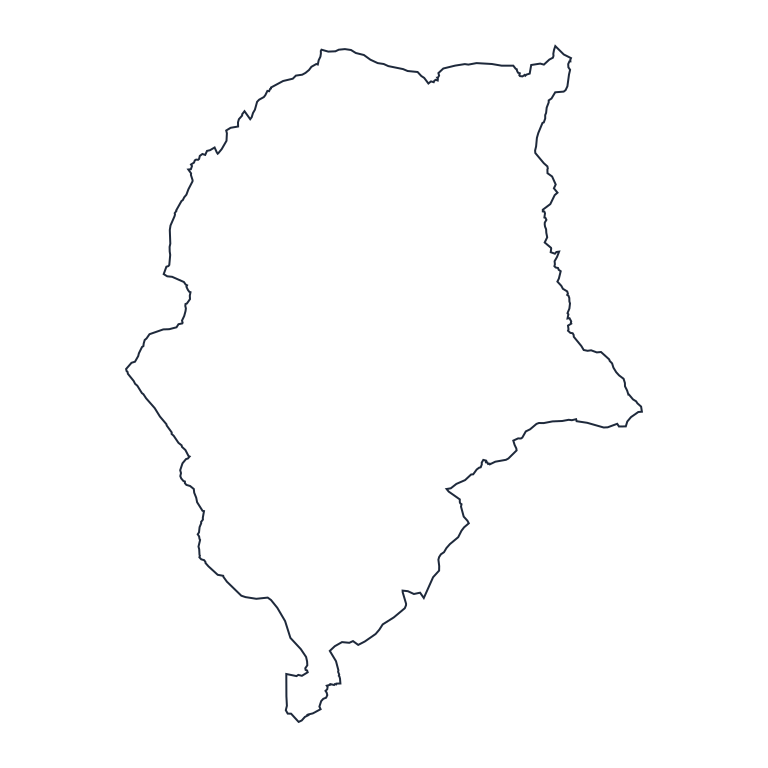 Aurskog-Høland nor, Akershus, Norway
{"feature_id": "86288312B17302655292255", "entity_name": "Aurskog-Høland nor", "entity_type": "district", "adm_level": 2, "iso_a3": "NOR", "parent_name": "Norway", "parent_adm1": "Akershus", "projection": "albers", "projection_center": [11.533, 59.809], "detail": "fine", "context": "isolated", "style": "outline", "palette": "slate", "viewbox_px": 768, "rotation_deg": 0, "n_neighbors": 0, "source": "geoboundaries", "source_scale": "gbopen_adm2", "svg_char_len": 6035}
<svg xmlns="http://www.w3.org/2000/svg" viewBox="0 0 768 768"><path d="M641.9,411.7L641.1,406.6L637.4,403.3L636.1,401.3L633.0,399.4L628.9,394.5L628.4,394.6L627.1,390.5L625.0,386.3L624.9,383.0L623.6,378.8L619.1,375.4L616.2,372.2L613.4,367.6L612.1,363.4L609.7,360.9L609.2,359.4L601.0,352.0L596.8,352.4L591.1,350.3L587.6,350.8L583.7,350.0L581.4,346.1L573.8,336.8L573.6,334.8L572.6,333.2L570.4,332.9L568.0,330.7L568.5,329.3L568.0,325.6L571.3,323.6L570.9,322.6L571.2,321.4L569.5,318.2L567.5,318.5L568.4,314.3L567.5,313.2L569.4,308.5L570.0,303.4L569.4,301.5L569.3,298.0L568.5,295.8L567.2,294.9L567.9,293.7L567.2,291.4L562.9,288.8L561.3,285.8L557.4,281.6L558.9,278.5L560.7,271.2L558.7,269.8L558.0,268.0L555.7,267.5L554.4,266.2L554.9,264.3L554.6,261.2L557.0,257.0L559.1,251.6L556.4,252.0L554.9,253.7L550.7,252.2L551.2,248.6L551.0,247.8L544.7,242.5L547.2,237.3L546.3,232.8L546.1,229.3L545.0,226.5L544.7,224.3L544.8,222.5L546.4,219.9L545.4,217.8L544.4,217.5L545.0,213.3L544.3,211.5L542.8,211.4L542.8,209.7L550.3,204.1L554.7,195.1L557.5,192.7L553.9,188.3L555.7,184.5L552.1,176.5L547.5,173.2L547.4,169.4L547.8,168.6L547.4,166.4L543.8,163.2L535.3,153.0L535.1,150.5L536.1,146.4L536.9,137.9L538.3,133.0L542.5,122.9L543.8,122.4L545.2,118.5L545.2,115.1L546.1,112.9L546.7,107.6L548.7,102.4L548.7,100.4L551.5,98.5L555.2,92.3L563.7,91.6L565.6,90.1L567.4,86.3L569.0,74.5L570.1,69.8L568.4,67.3L568.2,64.1L569.4,61.4L570.4,61.4L570.3,59.8L571.0,58.1L563.8,54.5L555.3,46.1L554.0,50.0L553.3,53.8L553.5,55.8L552.9,57.7L549.3,59.6L543.9,64.6L540.2,63.6L531.2,65.0L529.7,73.6L526.5,74.6L525.3,75.7L524.7,74.9L522.5,76.4L520.0,76.1L519.3,75.2L519.8,73.3L518.0,72.7L516.9,70.5L516.8,69.3L515.7,68.8L513.3,65.7L501.8,65.7L491.9,64.0L476.5,63.1L468.4,64.6L464.8,64.1L455.2,65.6L443.3,68.5L438.4,73.1L439.1,75.6L437.8,77.8L437.3,77.8L437.9,78.9L437.7,80.5L435.7,79.8L434.3,80.8L433.7,82.2L431.0,81.4L428.4,83.5L424.2,77.9L421.3,76.0L417.6,72.0L407.6,71.0L403.1,69.1L388.3,66.1L383.7,64.0L377.7,63.1L370.4,59.7L363.9,55.0L355.8,53.0L351.0,50.0L344.9,49.1L338.8,49.7L335.4,51.3L328.3,51.6L321.5,49.7L320.8,51.0L320.9,53.5L320.4,56.7L318.7,60.2L317.8,64.5L316.3,64.0L311.4,66.8L309.0,70.0L305.5,72.9L302.2,74.7L295.9,75.6L292.8,78.7L283.1,81.0L271.0,87.5L271.0,88.5L270.2,88.8L269.1,91.2L267.4,90.9L265.3,95.2L263.8,97.1L259.1,99.7L257.1,101.8L254.9,109.7L253.0,113.0L251.7,117.2L250.2,119.2L244.5,111.2L242.2,114.2L242.1,115.6L238.9,119.2L238.0,122.3L238.1,126.5L230.6,127.8L226.2,130.5L226.9,133.3L226.5,140.8L221.7,149.1L218.4,153.1L217.7,153.7L216.8,152.4L214.6,147.5L210.0,150.2L207.0,150.9L205.2,154.9L202.4,154.0L199.8,155.9L199.1,158.9L198.1,159.8L196.1,159.6L194.8,160.4L194.0,162.6L191.0,164.5L192.0,166.0L190.9,169.2L188.3,169.5L191.1,173.4L190.9,174.9L192.6,180.2L192.5,181.4L188.4,189.3L186.4,194.7L184.2,197.3L182.8,200.1L181.5,201.0L176.2,210.4L176.4,210.9L174.7,213.2L175.0,214.5L174.5,216.3L170.5,225.5L169.8,230.0L170.3,243.7L169.6,246.9L169.7,251.5L170.2,254.9L169.3,264.9L168.4,266.1L166.4,266.7L163.7,274.1L167.2,276.3L172.1,276.8L183.9,282.0L185.7,284.6L187.1,285.3L186.4,286.7L187.9,289.9L189.3,291.8L190.5,292.2L189.8,295.7L190.0,299.1L186.9,303.5L185.5,304.0L185.3,306.0L185.9,308.4L185.5,311.2L184.2,316.0L182.0,320.6L182.6,322.7L182.3,323.4L178.5,324.2L176.5,327.3L169.2,329.2L163.3,329.4L149.5,334.2L146.5,338.5L144.7,340.0L143.7,343.5L143.4,346.1L142.0,347.0L138.9,353.3L138.2,356.1L135.0,361.7L131.5,362.8L126.1,369.0L126.6,371.1L127.5,371.8L127.9,373.8L133.7,381.0L135.1,383.8L137.3,385.7L141.9,393.1L143.4,394.2L146.1,398.3L154.7,408.1L159.9,416.5L166.4,424.2L166.7,425.5L171.7,432.4L171.6,433.9L173.7,435.8L178.5,442.9L181.6,445.3L182.0,446.9L185.4,450.0L188.5,456.0L189.6,456.5L187.9,458.5L186.0,459.1L182.5,463.3L180.2,470.2L181.0,473.1L180.3,476.1L181.2,478.4L183.4,481.0L184.9,481.5L184.9,483.2L186.4,484.9L190.1,486.0L193.8,489.0L194.2,492.7L196.2,497.7L197.1,502.2L202.5,510.8L204.0,511.1L202.8,517.8L202.9,519.6L201.1,521.9L201.2,523.3L199.6,527.1L199.0,532.4L197.7,534.3L199.1,536.4L199.5,538.9L200.1,539.9L198.5,546.6L199.2,549.3L199.5,554.9L199.9,555.6L199.4,557.3L201.2,559.3L204.2,560.2L205.5,562.1L205.5,563.0L208.4,566.3L217.7,574.8L223.2,575.8L223.5,577.0L226.9,581.7L241.3,595.7L245.5,597.1L256.3,598.8L267.7,597.6L271.0,600.0L277.3,607.8L285.1,621.1L290.4,637.9L300.8,649.1L306.1,657.0L307.1,661.5L307.3,665.3L305.3,668.2L305.6,669.9L307.1,670.5L307.7,672.3L301.9,675.8L298.3,674.9L296.5,676.1L286.3,674.0L286.4,696.2L286.9,705.8L285.8,710.2L287.7,713.6L291.1,713.7L298.6,721.9L301.7,720.5L304.9,716.9L308.1,715.3L307.6,714.8L308.1,714.5L312.8,713.4L320.6,709.2L319.4,706.6L321.2,701.1L323.3,698.8L326.1,697.7L327.3,695.1L326.6,692.5L325.5,690.9L327.2,689.3L327.6,686.9L326.8,685.7L330.1,684.8L330.0,684.3L330.4,684.1L334.1,685.0L334.9,684.1L336.1,684.4L336.4,683.6L340.4,683.5L340.0,678.6L339.4,676.4L338.8,675.8L339.2,674.5L338.1,671.8L338.4,670.3L336.0,661.2L329.8,650.9L334.8,646.2L342.0,642.1L349.3,642.8L353.0,641.1L358.2,644.9L364.8,641.5L375.6,634.0L379.3,629.7L382.7,624.4L393.8,617.4L404.8,608.2L406.0,605.3L406.1,603.8L402.7,592.3L402.6,590.6L407.9,591.2L413.9,594.0L420.1,592.7L423.8,598.0L433.1,577.2L439.1,570.6L439.2,566.1L438.4,559.7L439.1,557.1L440.9,554.3L444.0,552.2L446.4,548.1L449.9,544.1L458.2,537.2L461.5,530.7L464.1,527.3L468.8,523.3L467.4,520.7L463.7,516.6L461.0,506.6L461.5,504.2L460.3,503.4L459.8,502.1L459.8,499.4L448.7,491.6L446.6,489.0L450.8,488.3L456.4,483.9L465.1,480.1L471.1,474.5L473.2,474.3L476.7,469.5L479.1,467.7L480.7,467.3L481.8,464.4L481.7,462.7L483.3,459.9L486.1,460.6L486.4,461.1L485.8,461.9L486.0,462.4L487.5,462.6L488.1,464.0L489.6,463.7L489.9,464.3L495.3,461.7L506.0,459.8L508.4,458.5L516.6,450.4L516.3,448.4L514.6,444.9L513.3,440.6L518.1,438.4L520.9,438.5L522.3,437.6L525.8,431.4L530.1,429.3L536.5,423.9L538.9,423.0L543.6,423.1L552.5,421.4L562.2,421.0L568.7,419.8L571.9,420.2L576.1,419.2L576.6,421.2L587.2,422.8L603.7,427.5L607.7,427.3L617.2,423.8L619.0,426.5L625.8,426.4L627.3,421.5L631.0,417.1L638.3,412.0L641.9,411.7Z" fill="none" stroke="#1e293b" stroke-width="2"/></svg>